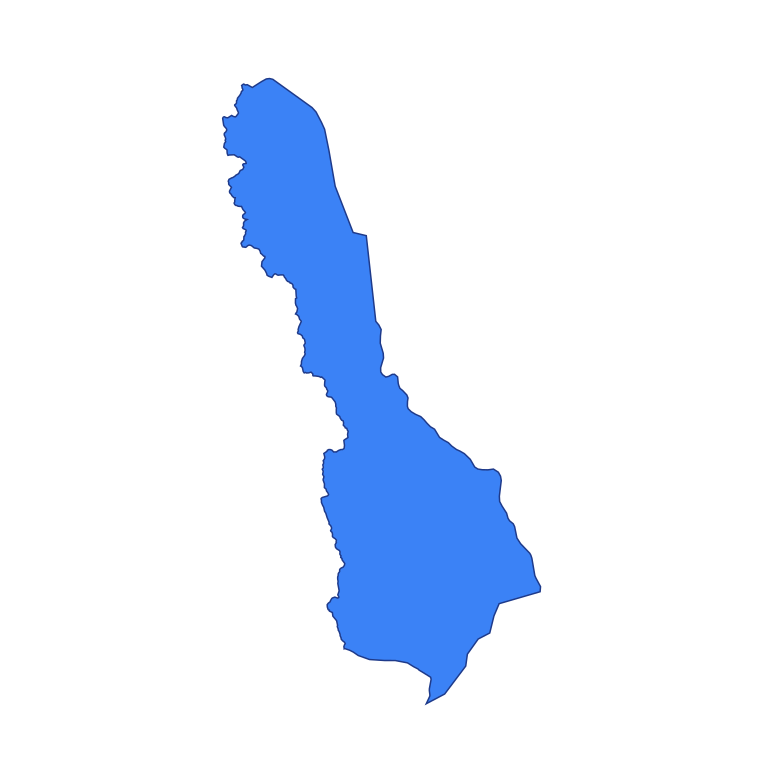 Kemin, Chuy, Kyrgyzstan, rotated 259°
{"feature_id": "92254566B21281891478391", "entity_name": "Kemin", "entity_type": "district", "adm_level": 2, "iso_a3": "KGZ", "parent_name": "Kyrgyzstan", "parent_adm1": "Chuy", "projection": "orthographic", "projection_center": [76.498, 42.781], "detail": "fine", "context": "isolated", "style": "filled", "palette": "blue", "viewbox_px": 768, "rotation_deg": 259, "n_neighbors": 0, "source": "geoboundaries", "source_scale": "gbopen_adm2", "svg_char_len": 6160}
<svg xmlns="http://www.w3.org/2000/svg" viewBox="0 0 768 768"><g transform="rotate(259 384 384)"><path d="M150.3,497.6L155.2,499.0L164.5,496.1L167.2,495.5L184.7,495.9L187.9,495.5L190.0,494.8L201.2,487.6L207.4,485.1L219.0,485.0L222.1,484.2L225.7,481.2L228.5,480.1L233.8,479.7L241.6,476.6L246.6,475.1L251.8,475.8L266.9,480.7L271.3,480.8L275.6,479.4L279.6,475.2L279.9,469.6L281.1,464.1L282.6,459.9L285.2,457.2L293.6,454.3L300.3,449.6L303.7,445.7L305.8,442.7L310.2,438.6L314.1,436.0L317.6,431.8L321.0,428.3L330.0,425.0L333.2,421.4L337.3,418.7L341.2,416.5L344.9,413.9L348.2,409.2L351.6,405.4L355.1,403.0L357.7,402.7L362.3,403.7L365.7,404.9L368.9,404.3L374.1,401.0L376.7,398.8L379.9,398.2L382.0,398.1L388.4,398.7L391.5,396.2L391.9,394.0L390.6,390.0L390.5,387.1L393.5,384.3L396.4,383.1L400.6,383.8L409.6,388.5L414.3,389.1L424.8,388.1L431.9,389.7L438.0,391.6L442.9,390.2L447.1,387.9L533.0,394.9L538.6,382.6L587.4,373.8L623.7,374.5L645.4,374.3L652.9,372.5L664.0,369.2L669.1,366.1L704.3,333.0L705.7,329.9L705.9,326.6L704.2,321.4L700.2,311.3L703.9,306.9L704.0,304.9L705.2,303.6L705.1,303.0L704.2,301.2L702.9,301.4L701.7,301.2L700.4,301.6L699.4,301.5L698.2,299.8L696.7,299.1L694.9,297.5L692.5,294.7L691.0,294.2L690.2,293.3L687.9,292.8L687.3,292.2L686.6,290.8L686.3,290.6L685.8,290.6L683.0,292.0L681.0,292.2L678.7,292.8L677.7,292.8L676.9,292.1L674.8,289.7L674.6,288.9L675.5,287.0L676.7,285.7L675.1,281.4L675.8,279.4L676.5,278.8L676.8,278.2L676.7,277.4L676.4,276.9L675.5,276.3L668.7,276.0L667.0,276.6L665.9,277.4L664.4,278.1L663.3,278.1L661.7,276.9L660.9,275.5L660.1,274.9L658.9,274.7L656.4,275.3L654.6,275.4L653.7,274.6L652.0,274.8L650.7,273.3L647.1,271.9L645.8,272.7L644.0,274.4L643.4,274.5L640.6,274.1L638.6,274.3L638.2,274.5L638.3,275.9L637.6,280.7L634.9,283.4L634.4,284.3L634.5,285.7L629.6,290.3L628.8,290.7L627.1,290.9L626.8,290.8L626.9,288.0L626.4,287.3L625.9,287.1L623.6,287.8L621.6,286.3L621.0,283.6L618.5,281.7L618.0,280.8L617.2,278.3L616.5,277.4L615.5,275.0L615.4,273.8L614.5,270.9L612.8,269.8L611.3,270.0L610.0,269.7L609.3,269.8L606.2,271.8L602.8,269.1L601.2,269.0L599.3,270.2L597.9,270.6L595.8,272.0L595.4,272.4L595.2,273.5L592.8,272.5L591.2,272.2L590.4,271.5L589.8,271.4L588.5,271.8L587.5,272.7L587.3,273.6L586.4,274.6L585.7,276.8L585.5,278.0L582.3,278.8L578.9,280.7L578.0,280.0L577.3,278.5L576.6,277.6L575.4,277.2L574.2,277.2L573.5,277.7L572.5,278.8L571.6,281.0L570.7,278.6L570.2,277.9L568.8,276.8L567.2,276.6L565.9,276.2L564.5,274.9L563.5,275.4L561.7,277.8L560.7,278.0L559.5,277.0L557.7,276.8L557.3,276.5L556.2,275.3L555.6,275.2L555.4,274.6L552.3,273.9L551.6,273.2L551.3,272.3L550.6,272.0L550.4,271.3L549.3,270.5L546.0,271.1L545.6,271.4L545.3,271.9L545.2,272.9L544.7,273.6L544.6,274.2L544.7,274.8L545.8,276.6L546.1,278.1L545.9,278.7L545.2,280.2L542.3,282.6L541.3,285.2L540.3,286.9L538.2,287.7L535.7,287.9L535.2,288.5L532.5,290.3L532.0,291.4L530.5,291.1L527.4,287.6L523.0,286.2L518.6,288.8L515.2,289.8L513.0,290.0L511.7,291.5L510.0,294.3L512.3,296.6L513.0,298.0L512.8,298.6L511.5,300.0L511.0,300.8L510.8,303.6L510.3,305.8L509.7,306.3L508.1,306.6L506.1,307.7L504.9,307.9L503.2,308.9L502.1,310.6L501.6,311.1L501.0,311.1L500.5,312.3L500.0,312.8L498.4,313.5L496.5,313.2L494.5,314.3L493.8,315.5L487.1,314.6L485.1,314.7L484.6,313.4L480.4,312.5L478.1,312.6L477.0,313.1L474.5,313.6L471.0,312.0L470.6,311.3L469.6,310.5L468.7,311.8L466.7,313.2L463.7,313.5L461.8,314.6L461.1,314.7L456.5,311.4L453.9,310.1L452.3,310.0L451.3,309.1L450.7,308.9L449.8,309.2L448.7,311.4L446.9,312.9L444.7,313.1L443.8,314.0L442.8,314.5L439.1,314.5L437.5,312.9L437.0,312.7L434.3,313.2L432.0,312.9L430.2,312.1L428.6,312.4L427.0,311.3L424.7,308.8L421.9,307.3L419.3,306.7L417.6,305.5L417.1,306.2L415.6,307.0L411.7,307.1L410.1,307.8L410.3,309.2L409.6,310.0L409.3,312.3L409.6,314.6L407.6,316.0L405.9,315.8L405.5,316.0L404.9,318.5L403.8,321.6L402.6,323.3L402.8,324.2L399.4,326.7L398.7,326.8L397.3,326.2L394.2,325.4L393.1,325.5L391.2,326.7L389.8,326.8L388.1,327.5L387.0,327.1L384.8,325.5L383.5,325.5L382.2,326.7L381.2,329.6L380.8,330.1L375.8,332.6L373.5,332.8L371.2,332.4L369.6,332.8L368.5,332.4L365.0,331.7L363.5,331.7L360.6,334.3L358.7,334.6L356.6,335.5L355.6,336.9L353.4,336.9L351.4,336.2L351.0,336.3L349.8,337.3L348.3,337.6L347.6,339.0L345.9,339.2L344.4,339.8L341.5,338.6L338.3,338.4L336.7,334.4L336.2,333.8L331.3,333.5L328.5,332.6L328.1,332.1L327.6,330.8L327.9,329.2L327.5,326.9L326.8,325.1L326.4,324.5L326.9,321.6L329.1,320.2L329.9,318.7L330.2,317.4L329.8,315.8L328.8,315.1L327.3,311.7L323.6,311.9L321.8,311.3L320.2,309.6L319.1,309.9L317.3,309.4L316.3,308.5L313.9,308.6L313.1,308.2L312.2,307.1L310.5,307.6L309.6,307.6L307.0,306.5L304.8,307.3L303.3,306.9L302.6,306.3L301.4,305.9L297.4,306.5L293.7,305.7L291.8,307.1L290.1,307.1L287.7,308.2L286.0,308.5L285.2,307.7L284.9,307.0L284.4,301.8L283.7,300.5L283.2,300.3L281.9,300.4L279.7,300.0L276.6,300.6L274.5,301.3L270.4,301.4L268.3,302.2L263.6,302.7L258.8,303.7L257.1,303.3L255.1,304.6L253.3,305.1L251.9,304.9L250.2,303.6L249.5,303.8L248.3,304.7L246.4,304.8L244.3,304.3L243.1,304.8L241.5,306.5L239.8,307.5L238.0,306.8L237.4,307.0L235.7,305.4L233.3,305.2L232.5,305.4L231.0,306.3L229.0,308.5L227.6,308.8L225.8,308.3L224.9,308.3L223.6,309.0L222.0,308.4L220.8,309.4L219.4,309.3L215.3,311.2L213.5,310.5L212.0,308.9L211.5,306.8L210.7,305.4L210.1,305.0L208.5,304.7L207.7,304.1L207.1,303.3L206.5,302.9L204.6,302.4L203.4,301.7L201.3,301.3L199.2,301.3L196.9,300.6L189.5,300.5L185.8,298.4L184.0,299.0L183.0,298.8L182.7,297.6L184.2,295.1L183.8,292.5L183.4,291.8L181.5,290.1L180.6,289.7L179.4,287.4L178.2,286.1L175.9,285.8L173.4,286.1L172.7,286.5L172.5,287.2L171.5,287.1L169.5,289.7L165.9,289.5L160.7,292.3L155.9,292.4L155.1,291.9L154.3,291.9L152.4,292.3L151.1,292.1L149.6,292.7L146.6,293.1L145.2,292.9L143.2,293.4L141.7,293.3L139.9,294.3L138.1,295.9L136.5,296.4L135.5,295.4L133.9,294.5L131.7,294.4L131.9,294.8L129.2,299.5L126.7,302.7L122.4,306.9L116.3,317.2L112.5,331.7L110.4,342.3L105.8,353.8L100.7,359.3L97.8,363.0L96.5,363.8L87.3,373.8L85.1,373.9L76.2,370.4L74.4,370.0L69.8,369.7L68.7,369.3L62.1,364.5L68.1,384.4L91.5,410.4L102.9,414.3L115.7,427.8L119.4,440.3L135.4,447.7L146.4,455.1L150.3,497.6Z" fill="#3b82f6" stroke="#1e3a8a" stroke-width="1.5"/></g></svg>